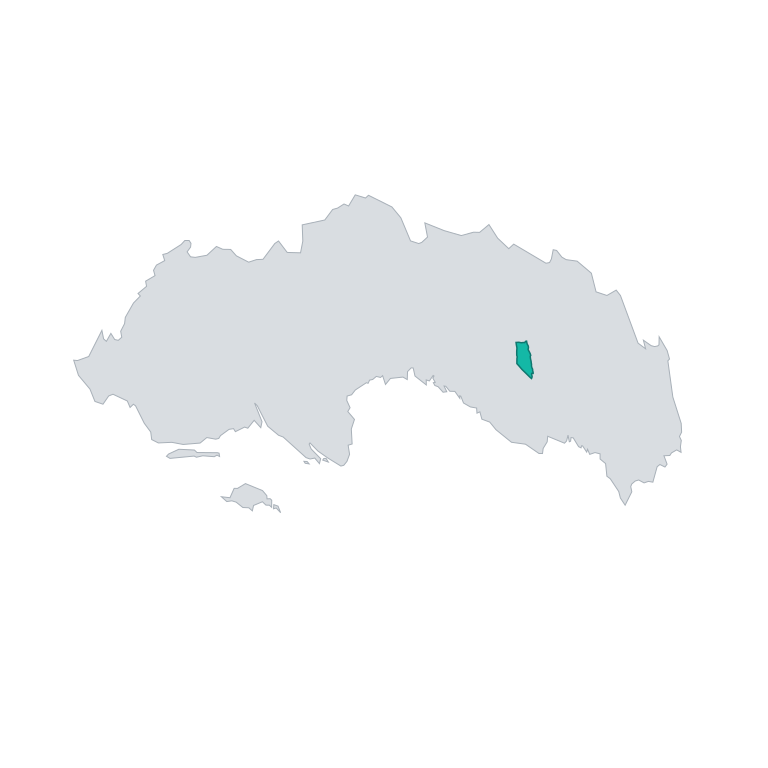 location of Malå, Västerbotten, Sweden, rotated 62°
{"feature_id": "70781695B10174824853138", "entity_name": "Malå", "entity_type": "district", "adm_level": 2, "iso_a3": "SWE", "parent_name": "Sweden", "parent_adm1": "Västerbotten", "projection": "equal_earth", "projection_center": [18.759, 65.261], "detail": "fine", "context": "in_parent", "style": "filled", "palette": "teal", "viewbox_px": 768, "rotation_deg": 62, "n_neighbors": 0, "source": "geoboundaries", "source_scale": "gbopen_adm2", "svg_char_len": 4557}
<svg xmlns="http://www.w3.org/2000/svg" viewBox="0 0 768 768"><g transform="rotate(62 384 384)"><path d="M172.3,490.5L174.9,495.8L180.9,495.1L183.6,491.2L187.2,479.9L183.9,467.4L189.4,463.1L193.2,456.2L201.5,454.2L212.9,446.3L214.3,438.2L217.1,432.3L208.7,414.5L208.2,410.0L222.4,407.7L229.0,396.1L219.7,388.6L205.1,381.5L211.4,359.3L205.8,347.4L206.9,342.4L206.3,334.8L210.2,331.7L203.5,320.6L211.1,313.0L210.1,309.1L231.4,293.9L245.2,291.1L270.1,293.4L276.3,287.4L276.7,284.2L274.7,276.6L260.9,272.3L276.7,259.0L289.2,246.1L292.0,233.7L295.0,228.4L292.5,216.5L308.6,215.2L323.1,210.3L321.4,203.8L353.4,184.3L354.5,180.8L352.2,177.5L344.9,171.6L347.1,168.9L355.5,167.4L359.7,164.8L366.2,155.8L383.5,148.9L402.2,153.5L410.5,145.6L410.1,134.9L416.9,133.7L467.2,140.5L475.7,136.5L467.1,134.4L475.6,130.1L478.0,127.5L478.9,124.4L478.5,122.8L471.5,118.9L487.4,118.3L496.0,120.2L496.8,122.5L531.1,135.1L558.3,140.1L566.2,143.8L569.1,147.8L573.4,148.0L578.5,151.7L583.8,153.8L579.6,156.5L579.8,162.5L581.3,165.2L578.8,170.5L587.7,171.7L589.2,174.9L584.6,178.2L585.3,181.7L596.9,192.7L594.1,196.3L593.4,200.8L588.3,204.2L587.6,207.7L588.6,212.2L590.4,214.3L595.5,215.8L604.2,228.0L595.6,228.8L589.1,227.2L573.9,228.7L570.1,230.5L558.3,225.7L551.7,228.4L547.1,226.0L543.6,229.9L542.7,235.4L537.2,234.9L539.3,237.0L531.9,237.7L531.3,238.6L532.9,240.0L530.7,241.6L520.4,242.2L519.1,244.0L522.1,246.1L522.0,247.5L515.5,245.5L520.0,249.5L521.0,252.4L507.0,264.0L511.7,267.1L515.6,273.7L519.8,276.7L518.1,279.8L503.6,287.3L495.3,298.8L476.9,306.6L467.3,308.5L461.0,314.1L453.6,312.4L453.4,315.6L448.7,313.5L444.8,318.5L438.1,322.7L430.8,321.9L430.0,322.6L432.3,323.8L423.8,324.9L421.3,329.3L415.0,330.5L414.0,331.9L420.3,332.2L419.0,335.7L411.8,337.5L409.2,339.8L406.0,339.8L406.6,338.0L401.8,338.1L400.4,336.1L399.5,336.6L402.6,342.5L400.2,344.8L404.7,347.1L391.5,352.9L383.6,350.7L382.5,352.4L384.1,357.4L391.0,361.4L386.8,364.0L382.1,375.7L385.1,382.9L376.0,381.3L376.6,384.0L373.7,387.2L374.7,391.9L373.8,394.9L375.9,397.7L374.6,399.0L375.8,412.1L378.3,417.7L377.3,422.2L381.0,424.6L389.0,425.1L391.3,428.9L401.4,426.7L408.4,434.0L422.0,440.3L421.2,444.4L429.9,447.4L434.9,453.0L436.9,457.7L436.2,460.6L422.7,468.5L412.2,473.8L401.3,477.0L401.9,478.3L407.2,478.8L420.2,475.0L424.0,478.4L416.9,479.9L415.5,484.5L412.4,487.4L383.5,497.9L379.7,501.2L366.7,506.5L343.6,506.1L340.0,507.2L360.0,509.4L364.7,513.3L355.1,515.7L359.1,525.0L356.6,527.3L356.3,537.6L352.8,537.8L351.3,542.1L352.8,552.6L354.5,555.5L353.7,558.5L348.1,565.6L349.8,574.1L343.1,589.7L335.9,598.7L330.1,610.9L324.0,615.2L316.9,612.5L306.1,614.1L286.6,613.6L284.2,614.8L285.5,619.2L278.5,618.6L265.8,628.1L265.3,632.7L269.9,641.6L263.7,647.4L250.5,646.0L232.9,649.7L217.3,646.8L219.4,643.6L221.1,631.8L204.2,607.9L212.5,610.4L216.0,609.1L211.1,601.4L218.3,600.9L220.7,598.1L219.6,593.6L213.8,591.7L208.9,584.7L203.7,581.1L194.9,567.2L191.9,557.8L188.6,558.7L186.3,547.8L181.3,546.2L180.8,535.3L175.4,534.1L172.2,529.1L172.1,519.7L165.8,518.5L166.9,514.0L165.6,497.6L163.8,492.5L165.8,488.7L169.2,488.4L172.3,490.5ZM440.1,541.1L437.2,542.1L435.5,545.1L430.9,546.6L430.0,556.2L434.2,559.8L429.8,561.5L426.8,566.6L418.9,570.0L415.7,573.2L414.0,578.0L407.2,580.5L412.1,573.4L405.8,565.3L407.4,562.4L406.9,553.1L421.1,541.3L427.6,539.9L430.5,541.2L431.8,538.4L433.9,537.7L440.1,541.1ZM349.2,607.9L345.7,610.0L344.7,607.1L345.3,595.8L353.3,582.4L356.7,581.3L366.5,563.3L367.6,562.1L370.8,563.2L368.4,564.9L368.5,568.0L362.3,577.7L360.6,584.0L358.5,585.5L349.2,607.9ZM442.9,537.4L442.3,540.1L438.8,537.9L442.1,534.9L449.1,535.7L442.9,537.4ZM426.8,469.8L422.4,473.8L421.5,472.1L422.5,470.1L426.8,469.8ZM417.0,490.8L414.7,491.0L416.3,488.3L419.4,487.6L417.0,490.8Z" fill="#d9dde1" stroke="#a8b0b8" stroke-width="1"/><path d="M413.1,238.0L412.8,239.0L413.5,240.3L412.8,241.5L412.0,243.5L410.5,245.3L409.3,247.9L411.4,248.7L414.6,249.7L417.3,251.4L420.9,253.3L422.5,253.6L423.0,253.9L423.5,254.4L425.6,255.6L428.4,257.1L431.2,256.4L435.7,255.4L441.3,253.6L447.0,251.8L448.4,251.2L448.1,250.8L447.7,250.3L446.7,249.6L445.7,249.4L444.6,249.1L444.0,248.6L444.1,248.1L444.5,247.8L444.7,247.4L443.8,246.9L442.7,246.6L441.8,246.4L441.1,246.0L440.4,245.8L439.2,245.8L437.9,245.5L436.7,245.0L435.7,244.4L434.8,244.2L433.6,243.7L432.4,243.3L430.8,242.9L430.0,242.6L429.2,242.3L428.1,241.8L427.6,241.0L426.1,240.7L424.3,240.6L421.7,240.6L420.8,240.4L420.4,239.9L419.8,239.4L418.8,239.0L418.3,238.8L416.9,238.8L415.8,238.8L415.0,238.6L413.4,238.1L413.1,238.0Z" fill="#14b8a6" stroke="#0f766e" stroke-width="1.5"/></g></svg>